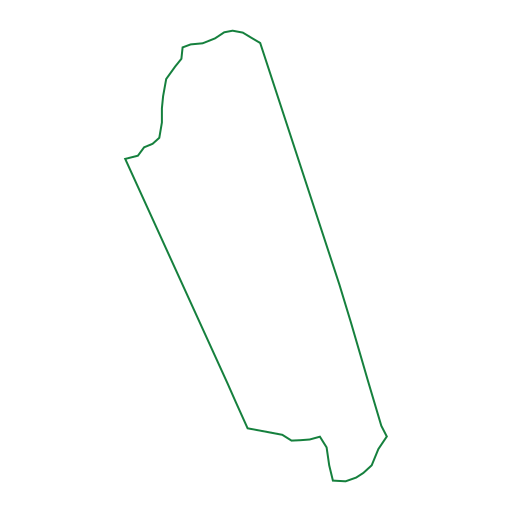 Belém, Alagoas, Brazil
{"feature_id": "56859067B82367444604636", "entity_name": "Belém", "entity_type": "district", "adm_level": 2, "iso_a3": "BRA", "parent_name": "Brazil", "parent_adm1": "Alagoas", "projection": "equal_earth", "projection_center": [-36.491, -9.559], "detail": "fine", "context": "isolated", "style": "outline", "palette": "green", "viewbox_px": 512, "rotation_deg": 0, "n_neighbors": 0, "source": "geoboundaries", "source_scale": "gbopen_adm2", "svg_char_len": 629}
<svg xmlns="http://www.w3.org/2000/svg" viewBox="0 0 512 512"><path d="M260.2,43.0L250.4,37.2L242.8,32.6L232.6,30.7L224.2,32.3L215.0,38.4L202.6,43.3L190.7,44.4L182.6,47.4L181.4,58.8L175.2,66.5L166.2,79.0L163.1,96.2L161.9,108.3L161.9,122.5L159.3,137.8L152.6,143.8L144.1,147.3L137.9,155.7L125.2,158.9L227.8,384.0L235.7,401.9L247.6,428.3L282.3,434.8L291.5,440.6L300.4,440.2L309.7,439.5L319.9,436.7L326.6,447.4L329.2,465.3L332.9,480.6L345.6,481.3L356.1,477.6L363.4,472.9L371.7,465.3L378.4,449.0L386.8,436.5L381.3,425.8L367.7,380.0L362.5,362.1L351.0,322.7L339.4,284.6L260.2,43.0Z" fill="none" stroke="#15803d" stroke-width="2"/></svg>